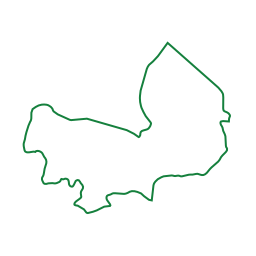 the border of Biskra, rotated 188°
{"feature_id": "DZA-2211", "entity_name": "Biskra", "entity_type": "Province", "adm_level": 1, "iso_a3": "DZA", "parent_name": "Algeria", "parent_adm1": "", "projection": "equal_earth", "projection_center": [5.569, 34.431], "detail": "fine", "context": "isolated", "style": "outline", "palette": "green", "viewbox_px": 256, "rotation_deg": 188, "n_neighbors": 0, "source": "natural_earth", "source_scale": "10m", "svg_char_len": 2849}
<svg xmlns="http://www.w3.org/2000/svg" viewBox="0 0 256 256"><g transform="rotate(188 128 128)"><path d="M78.1,87.1L86.0,85.1L88.1,83.9L91.4,81.4L93.5,78.7L94.5,76.7L94.8,74.8L94.4,59.6L97.2,59.8L102.6,62.7L105.9,65.0L109.8,66.0L112.8,66.3L115.4,66.0L117.4,65.1L119.4,63.6L121.1,62.7L122.7,62.2L131.8,61.6L133.6,61.3L134.7,60.7L135.9,59.8L136.7,59.4L138.3,58.7L139.2,58.0L139.6,57.1L139.6,55.8L139.4,55.1L138.9,54.0L138.4,53.4L135.3,50.1L134.7,49.0L135.0,48.3L140.6,46.8L147.4,42.1L151.0,40.2L155.9,38.2L156.7,38.2L157.6,38.6L160.3,41.3L167.0,44.1L168.7,44.1L169.8,44.3L170.4,44.7L170.5,45.9L170.0,47.0L169.1,48.2L166.0,51.2L165.0,52.4L164.7,53.3L165.7,57.0L165.6,58.7L164.3,61.8L164.3,63.5L165.3,65.2L167.2,66.9L168.0,68.0L169.5,69.4L170.9,69.4L171.9,68.7L172.4,68.3L173.6,64.5L174.2,63.1L174.8,62.3L175.7,62.1L176.7,62.3L177.6,62.8L178.4,63.8L178.8,65.0L179.1,66.3L179.6,67.6L179.9,68.1L180.4,68.6L181.6,69.1L183.1,69.1L184.9,68.2L185.2,68.1L186.7,68.3L186.9,68.2L187.1,67.9L187.7,66.0L188.4,65.1L190.8,63.6L192.0,63.1L193.2,62.9L195.2,62.9L199.2,62.1L201.0,61.3L202.5,61.1L203.8,61.5L205.2,63.5L206.0,64.9L206.2,66.5L206.0,67.3L205.3,69.0L205.1,70.1L205.0,71.7L204.9,76.1L204.0,81.6L204.1,83.3L204.7,85.1L205.7,86.5L207.0,87.8L209.3,91.0L210.1,91.7L211.3,92.3L212.6,92.7L214.1,92.8L215.3,92.5L215.8,92.3L216.4,91.4L217.8,91.5L218.8,91.3L222.7,90.1L224.0,89.9L225.0,89.9L225.7,90.1L226.3,90.3L226.8,90.7L227.4,91.7L228.6,95.1L229.0,96.8L229.1,98.3L228.5,102.6L228.4,106.1L228.0,109.8L226.9,116.4L225.7,120.8L225.3,121.6L225.1,123.0L225.1,124.2L225.8,129.7L225.1,133.4L222.3,136.0L219.6,137.9L216.7,139.1L214.2,139.6L211.7,139.7L210.0,139.4L208.9,138.9L207.4,138.2L206.2,137.2L205.3,136.2L204.8,135.1L204.0,134.1L199.4,131.7L186.8,128.0L185.4,127.9L170.0,131.5L128.9,125.7L121.3,123.1L116.4,120.6L116.1,120.5L115.8,120.7L115.4,121.2L114.9,122.7L115.0,124.4L114.8,125.8L113.9,126.9L112.5,127.7L109.3,129.1L108.3,129.7L107.5,130.6L106.9,131.6L106.3,132.9L106.0,134.2L105.8,135.5L106.1,136.3L106.5,136.8L112.1,142.2L115.0,146.1L117.5,150.0L118.3,151.8L119.6,155.4L120.4,159.3L120.6,161.6L120.7,166.8L117.6,189.1L116.9,191.5L115.9,193.5L112.5,197.4L108.3,203.4L100.6,217.8L44.1,180.5L40.6,177.4L39.0,175.4L38.5,174.3L37.9,171.5L36.5,160.9L36.2,159.7L35.7,158.6L34.8,158.0L32.2,157.3L30.6,156.6L29.3,155.4L28.8,154.6L28.7,153.8L29.1,152.2L29.2,151.2L29.0,148.5L34.7,148.1L35.7,147.8L36.9,147.3L37.2,146.5L37.0,145.3L36.4,144.1L35.4,142.9L34.5,141.6L33.3,138.4L31.3,135.3L30.4,133.4L28.6,124.1L28.2,122.9L27.5,122.1L27.0,121.2L26.9,119.6L27.8,117.8L30.7,113.9L31.8,112.1L32.8,109.4L34.0,107.3L39.8,100.6L41.2,98.7L43.6,94.7L45.1,93.0L46.7,92.0L48.2,91.7L49.6,91.8L51.9,92.2L52.9,92.3L54.2,92.0L57.4,90.9L61.0,90.3L67.7,87.7L69.0,87.5L71.1,87.9L72.3,87.7L74.5,87.0L75.5,86.9L76.8,87.1L78.1,87.1Z" fill="none" stroke="#15803d" stroke-width="2"/></g></svg>